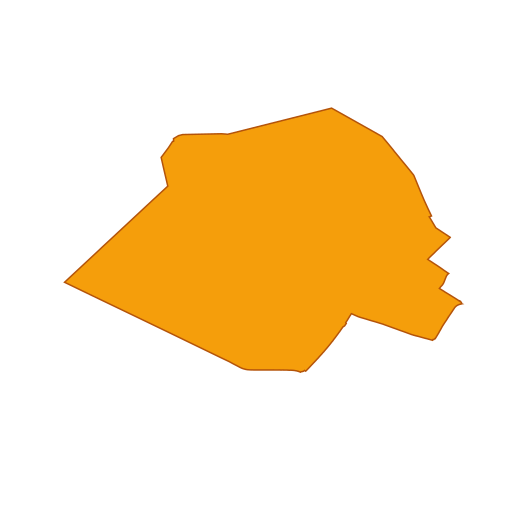 Lelystad, Flevoland, Netherlands, rotated 340°
{"feature_id": "6326949B53575024953728", "entity_name": "Lelystad", "entity_type": "district", "adm_level": 2, "iso_a3": "NLD", "parent_name": "Netherlands", "parent_adm1": "Flevoland", "projection": "robinson", "projection_center": [5.465, 52.539], "detail": "fine", "context": "isolated", "style": "filled", "palette": "amber", "viewbox_px": 512, "rotation_deg": 340, "n_neighbors": 0, "source": "geoboundaries", "source_scale": "gbopen_adm2", "svg_char_len": 4945}
<svg xmlns="http://www.w3.org/2000/svg" viewBox="0 0 512 512"><g transform="rotate(340 256 256)"><path d="M263.3,381.2L264.2,380.8L265.1,380.4L266.1,379.9L267.1,379.4L268.3,378.8L269.3,378.3L269.8,378.0L270.3,377.8L271.2,377.3L272.1,376.9L273.0,376.4L273.8,376.0L274.7,375.6L275.6,375.1L276.5,374.7L277.3,374.2L278.2,373.8L280.0,372.9L280.8,372.4L281.7,371.9L282.6,371.5L283.4,371.0L284.3,370.6L285.1,370.1L286.0,369.6L286.9,369.2L287.7,368.7L288.6,368.2L289.4,367.7L289.8,367.5L290.2,367.3L291.1,366.8L291.9,366.3L292.8,365.8L293.6,365.3L293.8,365.2L294.8,364.6L295.8,364.0L296.6,363.5L297.4,363.0L298.2,362.5L299.0,362.1L299.4,361.8L299.7,361.6L300.2,361.2L301.2,360.6L301.8,360.2L302.5,359.8L303.8,358.9L304.9,358.2L306.1,357.4L306.9,356.9L307.8,356.2L308.6,355.8L309.8,354.9L310.1,354.7L311.4,353.8L313.4,352.4L315.3,352.0L317.8,350.2L317.5,349.3L319.7,347.7L322.8,345.2L323.4,344.7L324.5,343.9L325.2,343.4L325.9,342.8L326.0,342.8L327.0,343.8L328.2,345.0L330.7,347.4L331.3,348.0L331.7,348.3L332.0,348.5L332.5,348.9L332.8,349.2L334.2,350.2L338.0,353.0L341.8,355.9L345.7,358.7L349.5,361.6L351.1,362.8L351.8,363.3L352.7,364.1L355.1,366.1L357.6,368.2L360.1,370.3L362.3,372.1L363.5,373.1L365.7,375.0L368.3,377.1L370.8,379.2L374.6,382.4L374.8,382.6L375.0,382.8L375.3,383.0L375.7,383.3L376.0,383.5L376.4,383.8L376.7,384.1L378.5,385.3L378.4,385.3L379.1,385.8L380.8,386.9L384.3,389.4L387.4,391.6L387.5,391.6L393.1,395.6L393.8,395.0L394.1,395.2L394.3,395.3L394.6,395.3L394.7,395.2L395.7,394.9L395.8,394.8L396.2,395.0L396.3,394.9L396.9,394.3L397.0,394.3L401.6,390.6L402.1,390.1L402.6,389.7L403.1,389.2L403.8,388.7L407.2,385.7L407.5,385.5L407.8,385.2L408.2,385.0L408.5,384.7L408.8,384.5L409.2,384.2L410.5,383.2L410.8,383.0L412.9,381.5L415.2,379.7L415.4,379.6L415.4,379.4L415.5,379.3L416.0,379.1L417.5,378.0L419.9,376.3L421.4,375.2L422.3,374.5L422.6,374.3L423.0,374.0L424.0,373.3L424.6,372.8L425.2,372.4L425.4,372.3L425.7,372.1L425.9,372.0L426.2,371.9L426.4,371.8L426.7,371.7L426.9,371.6L427.2,371.5L427.5,371.4L428.0,371.3L428.3,371.2L428.6,371.2L428.9,371.2L429.2,371.1L429.5,371.1L429.8,371.1L430.1,371.1L430.4,371.1L430.8,371.1L431.1,371.1L431.4,371.2L432.1,371.2L432.4,371.3L432.5,371.2L433.0,371.3L432.9,371.2L433.0,370.5L433.1,370.3L433.1,370.1L433.1,369.9L433.0,369.7L432.9,369.4L432.8,369.2L432.7,369.1L432.6,368.9L432.1,368.3L432.0,368.2L432.3,368.1L431.9,367.6L431.6,367.6L431.1,367.0L426.0,360.4L422.1,355.5L421.6,354.9L421.0,354.1L420.6,353.5L420.4,353.3L420.1,352.9L417.6,349.7L417.4,349.5L417.2,349.2L419.2,348.0L420.2,347.5L420.5,347.4L420.8,347.2L421.0,347.1L421.3,346.9L421.5,346.8L421.7,346.7L422.1,346.3L422.3,346.2L422.5,346.0L422.7,345.9L422.9,345.7L423.1,345.5L423.3,345.3L423.5,345.1L423.6,344.9L423.9,344.7L425.7,342.6L426.7,341.5L427.0,341.2L427.3,340.8L427.5,340.6L427.8,340.3L428.0,340.1L428.3,339.8L428.5,339.7L429.0,339.3L429.3,339.1L429.7,338.9L430.2,338.7L430.7,338.4L431.1,338.3L430.9,338.0L430.6,337.8L430.5,337.6L430.4,337.5L429.2,335.7L428.3,334.5L427.5,333.4L426.6,332.0L426.2,331.5L425.9,331.0L425.8,330.9L425.6,330.6L425.4,330.3L423.0,327.0L421.5,325.0L421.3,324.8L419.7,322.6L418.9,321.5L417.9,320.2L416.2,317.9L418.6,316.7L421.3,315.5L424.1,314.3L426.8,313.0L432.2,310.6L434.9,309.4L436.3,308.8L437.7,308.2L440.4,307.0L443.1,305.8L444.8,305.0L444.9,304.9L439.7,297.9L434.6,291.0L434.6,290.9L432.3,278.7L432.2,278.5L434.6,278.4L433.8,270.2L433.1,261.6L432.7,254.0L432.4,247.0L431.9,234.5L431.7,233.5L430.8,230.9L428.4,223.9L425.3,215.2L424.5,212.9L424.5,212.7L423.4,209.7L422.4,206.8L421.8,205.2L421.3,203.5L418.5,195.5L415.4,186.9L377.6,142.9L272.7,132.1L270.9,131.9L269.1,131.0L265.3,129.3L228.6,116.8L224.4,116.4L218.6,117.5L218.5,117.9L218.4,118.4L218.1,119.3L218.0,119.6L217.8,120.0L216.8,119.8L210.6,124.4L205.4,127.8L202.2,129.9L200.6,130.9L199.5,139.5L199.2,141.9L197.0,160.2L179.1,167.7L156.0,177.5L127.7,189.5L113.7,195.4L110.3,196.9L67.1,215.2L88.6,237.3L124.3,273.8L148.0,298.1L188.5,339.8L194.7,346.1L197.6,349.4L201.1,353.2L202.8,355.1L203.1,355.4L203.4,355.7L203.7,356.0L204.1,356.4L204.4,356.7L204.8,357.0L205.1,357.3L205.5,357.6L205.8,357.8L206.2,358.1L206.7,358.4L207.0,358.7L207.4,358.9L207.8,359.2L208.2,359.4L208.7,359.7L209.1,359.9L209.5,360.1L210.0,360.3L210.4,360.5L210.9,360.7L211.3,360.9L211.8,361.1L212.3,361.3L212.5,361.4L213.7,361.8L213.9,361.9L214.6,362.2L226.4,366.5L231.9,368.5L234.3,369.4L236.7,370.3L239.0,371.1L239.7,371.4L240.2,371.6L240.9,371.9L241.4,372.0L243.7,372.9L246.1,373.8L248.4,374.8L249.4,375.1L249.9,375.3L250.3,375.5L250.8,375.7L251.2,375.9L251.5,376.0L252.0,376.2L252.4,376.5L252.9,376.7L253.3,376.9L253.7,377.2L254.1,377.4L254.5,377.6L255.0,377.9L255.3,378.2L255.7,378.4L256.1,378.7L256.5,379.0L256.8,379.3L257.2,379.6L257.5,379.9L257.9,380.2L258.1,380.4L258.3,380.3L258.6,380.2L259.2,380.3L259.7,380.4L260.7,380.5L260.9,380.5L261.1,380.5L261.4,380.5L261.7,380.4L262.0,380.3L262.4,380.1L263.3,381.2Z" fill="#f59e0b" stroke="#b45309" stroke-width="1.5"/></g></svg>